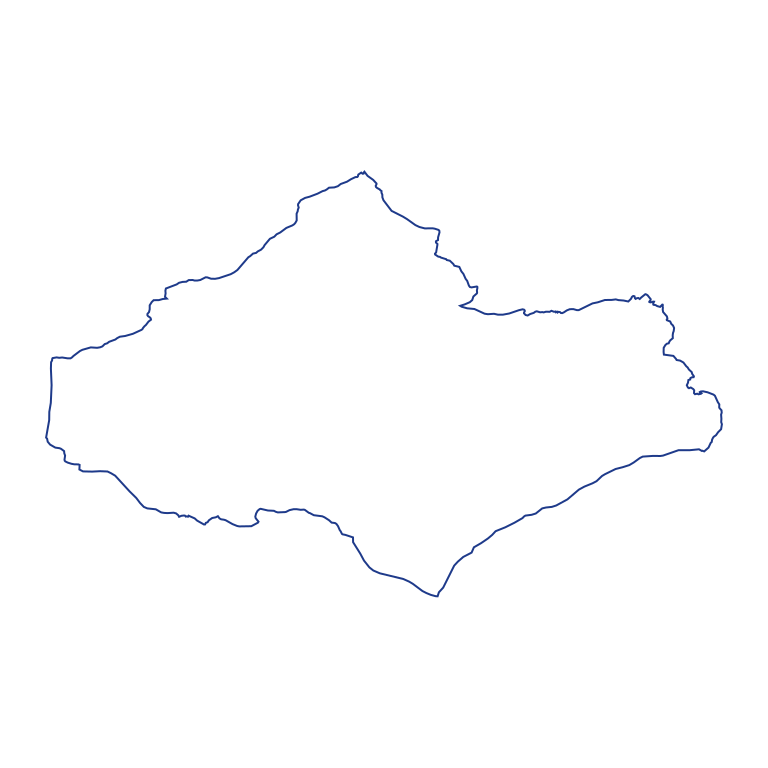 outline of Ruscova, Maramures, Romania
{"feature_id": "2599482B43305241413801", "entity_name": "Ruscova", "entity_type": "district", "adm_level": 2, "iso_a3": "ROU", "parent_name": "Romania", "parent_adm1": "Maramures", "projection": "robinson", "projection_center": [24.321, 47.803], "detail": "fine", "context": "isolated", "style": "outline", "palette": "blue", "viewbox_px": 768, "rotation_deg": 0, "n_neighbors": 0, "source": "geoboundaries", "source_scale": "gbopen_adm2", "svg_char_len": 6086}
<svg xmlns="http://www.w3.org/2000/svg" viewBox="0 0 768 768"><path d="M701.8,450.9L702.2,450.7L704.2,451.4L708.5,447.6L710.7,442.9L711.7,442.0L712.1,439.6L713.0,437.8L713.7,436.8L716.0,435.2L718.1,432.2L721.1,429.2L721.9,424.2L721.2,422.1L721.4,418.8L721.1,414.6L721.7,412.7L721.5,410.3L719.5,408.1L719.2,407.3L719.3,404.4L717.8,402.1L714.9,395.7L713.5,394.6L707.6,392.3L703.0,391.3L700.8,391.5L699.7,392.1L699.8,392.5L701.4,393.4L700.9,393.8L698.5,394.3L697.2,393.7L695.0,394.2L694.0,393.1L694.2,390.3L693.3,389.1L690.8,387.5L689.0,388.2L687.9,387.5L686.8,385.2L688.0,382.7L688.4,380.0L690.2,379.5L690.3,378.3L690.7,377.9L692.0,377.3L693.6,377.2L693.9,376.3L692.2,373.9L691.7,372.1L688.9,369.5L687.6,367.4L686.3,366.3L683.4,362.5L680.1,360.6L676.6,360.0L676.0,358.9L673.4,355.9L663.9,354.6L663.6,352.0L663.7,347.8L665.4,345.0L666.9,343.7L668.7,343.3L669.4,341.6L670.2,340.4L672.8,338.2L672.7,335.3L673.0,333.0L673.7,331.1L674.1,328.0L673.0,325.5L671.3,323.9L670.2,321.5L666.9,320.2L666.7,319.8L667.4,318.4L666.9,316.4L663.1,312.0L662.7,309.6L662.9,307.7L662.6,306.3L662.8,305.6L662.7,304.7L662.3,304.6L660.1,306.9L657.2,306.1L655.6,305.1L653.6,304.8L653.3,304.6L653.2,303.5L654.0,301.7L653.2,301.6L650.7,302.4L649.4,302.1L649.3,301.6L650.6,300.0L650.7,299.2L647.6,295.3L646.4,294.5L645.3,294.2L641.2,297.5L639.7,299.0L638.3,298.0L636.9,298.2L635.6,298.9L635.0,298.3L634.5,296.3L633.6,296.0L632.8,296.2L631.8,297.1L631.1,298.7L628.3,301.5L623.5,300.5L618.4,300.1L615.8,299.4L611.8,299.9L604.9,300.0L597.8,302.3L592.5,303.4L578.8,310.1L576.8,310.1L573.3,309.1L569.8,309.2L566.8,310.4L563.8,312.4L562.2,313.1L560.9,313.0L560.2,312.2L559.0,311.9L558.4,311.9L557.6,312.5L557.1,311.7L555.9,312.3L555.5,311.5L554.1,311.8L551.4,310.8L549.7,311.8L546.0,311.7L543.6,312.4L542.5,312.1L540.1,312.3L536.8,311.3L535.3,311.7L533.7,312.9L530.2,314.0L527.7,315.5L525.6,315.0L524.0,313.3L524.0,312.6L524.8,311.1L524.7,310.4L524.1,309.7L522.6,309.3L518.9,310.2L509.2,313.5L502.7,314.7L498.1,314.7L494.0,313.8L487.9,314.2L484.6,313.7L474.4,309.0L467.1,308.3L461.6,306.7L460.2,305.8L464.7,304.4L469.8,302.2L472.2,300.1L473.4,296.5L476.9,293.4L477.1,292.6L476.9,290.3L477.4,288.0L477.3,286.8L476.8,286.5L471.5,287.4L469.9,287.0L468.9,285.6L467.2,280.9L465.6,278.8L463.4,273.9L461.4,271.4L459.3,266.9L454.3,265.7L453.3,264.0L449.8,260.7L446.7,260.0L446.2,259.2L441.0,257.6L440.0,256.9L438.2,256.6L435.1,254.5L435.0,253.6L436.1,252.5L437.4,244.8L437.4,243.9L436.0,242.6L435.9,241.7L436.1,241.1L438.0,240.1L438.1,237.3L439.5,232.4L439.3,230.7L438.5,229.9L434.8,228.7L432.6,228.3L424.8,228.4L419.4,227.0L415.4,225.1L407.0,219.1L402.9,216.6L391.6,210.9L383.5,200.3L382.4,197.4L382.3,194.6L381.5,192.8L381.5,191.0L380.3,190.2L379.8,189.5L377.0,187.9L376.0,187.0L375.7,185.9L376.5,184.2L376.5,183.5L373.2,179.9L367.6,175.9L364.4,171.7L363.7,172.6L363.5,173.6L362.5,173.7L361.2,172.6L358.3,174.6L357.9,176.4L357.3,177.0L355.4,177.1L351.0,179.2L347.0,181.7L340.7,184.0L337.9,186.2L334.3,187.4L329.0,187.7L326.7,189.5L324.9,190.5L322.6,191.1L317.5,193.7L309.6,196.7L305.1,197.9L300.7,200.3L298.1,204.1L298.0,205.2L298.7,207.6L297.9,209.6L297.7,211.2L296.6,213.7L296.7,220.4L295.4,222.8L294.2,224.2L292.4,225.4L286.4,227.9L280.2,232.5L276.6,234.3L274.3,236.7L269.9,238.8L264.6,245.1L263.4,247.3L261.0,249.7L257.8,251.4L256.1,252.9L253.0,253.6L250.1,256.2L248.4,257.2L237.4,270.0L234.2,272.3L230.7,274.2L219.0,278.1L215.1,278.8L211.0,278.7L207.3,277.4L205.6,277.3L200.3,280.0L197.5,280.5L194.4,280.5L192.7,280.0L188.7,280.1L186.3,281.7L182.6,281.9L179.0,282.8L176.7,284.4L165.9,288.5L165.4,290.7L165.6,293.4L165.0,296.8L166.8,298.6L162.8,299.0L158.9,300.1L153.6,300.2L151.7,302.1L149.7,305.3L149.7,309.3L149.0,312.1L147.5,313.8L147.4,314.5L147.4,315.2L148.1,316.2L149.8,317.3L150.7,318.3L151.0,319.7L148.5,321.6L145.9,325.0L144.5,326.2L143.0,328.0L142.6,328.9L141.6,329.8L132.9,333.8L125.1,336.0L119.9,336.7L117.2,338.1L115.4,339.5L109.1,341.8L107.2,343.3L104.7,344.1L102.4,346.4L100.1,347.3L97.1,347.8L90.8,347.4L82.4,349.8L80.0,351.0L73.4,356.0L72.0,357.4L70.6,358.3L67.4,358.3L62.2,357.5L59.2,357.8L56.6,357.4L52.6,358.1L52.2,358.9L52.1,360.4L51.1,362.2L50.9,368.6L51.6,385.2L50.8,402.9L49.3,411.9L49.2,420.1L46.1,437.6L47.1,438.7L47.7,441.7L50.1,444.6L55.3,447.6L59.5,448.2L61.0,448.8L64.1,451.1L64.3,453.3L65.1,455.6L64.5,459.6L64.7,460.7L65.3,461.4L67.7,462.6L71.5,463.8L74.2,464.3L78.4,464.4L79.6,464.9L79.4,469.5L83.0,471.4L92.2,471.6L100.1,471.2L107.5,471.5L111.0,473.2L115.2,475.7L129.7,491.5L136.3,498.0L140.0,502.9L143.8,506.9L147.3,508.4L155.8,509.3L161.2,512.4L164.0,512.9L167.5,513.1L173.6,512.7L176.1,513.4L178.3,515.3L179.1,516.8L181.4,515.8L184.0,515.5L184.9,515.6L185.8,516.6L186.8,516.3L187.8,516.7L188.1,516.7L188.6,515.7L194.7,518.4L197.1,520.6L204.0,524.5L205.1,524.4L205.8,522.9L207.6,522.2L208.9,520.3L212.2,518.0L215.8,517.3L217.9,516.2L219.5,518.4L221.1,519.3L223.9,519.7L225.6,520.2L232.5,524.1L237.2,526.0L239.3,526.4L251.3,526.2L257.9,522.7L258.5,521.7L255.7,518.2L255.3,516.6L256.1,513.5L257.6,510.8L259.6,509.1L260.6,508.8L267.9,510.5L273.9,510.8L275.8,511.8L277.8,512.4L284.9,512.1L286.0,511.9L289.6,510.1L293.6,509.2L296.7,509.2L300.7,509.8L303.9,509.6L304.9,509.9L308.8,512.8L309.9,513.1L313.8,515.2L322.3,516.3L324.5,517.3L329.0,520.2L331.6,522.6L334.9,523.0L336.4,523.9L338.0,526.1L339.8,530.2L340.6,531.2L341.9,533.8L342.5,534.3L345.4,534.9L353.0,537.4L353.1,542.2L360.2,553.5L364.0,560.6L369.4,567.4L373.3,570.5L379.8,573.3L403.3,579.0L409.1,581.6L412.8,583.8L422.4,591.0L426.3,593.0L430.9,594.9L435.7,596.2L437.6,596.3L438.9,592.3L443.2,587.6L454.2,565.6L457.9,561.6L463.3,556.9L471.6,552.6L473.9,547.3L481.0,543.2L487.9,538.5L492.2,534.9L495.6,531.2L505.3,527.3L514.5,522.7L522.5,518.1L524.0,516.5L525.4,515.6L531.6,514.8L535.8,513.5L542.2,508.4L546.0,507.5L551.8,506.9L556.2,505.5L567.4,499.4L578.9,489.6L584.4,486.6L592.5,483.3L596.5,481.2L602.0,476.0L605.0,474.2L615.6,469.0L622.7,467.2L629.3,465.1L633.7,462.5L639.9,458.0L642.7,456.6L653.1,455.9L660.2,456.0L663.0,455.6L678.5,450.2L689.7,450.2L699.0,449.3L701.8,450.9Z" fill="none" stroke="#1e3a8a" stroke-width="2"/></svg>